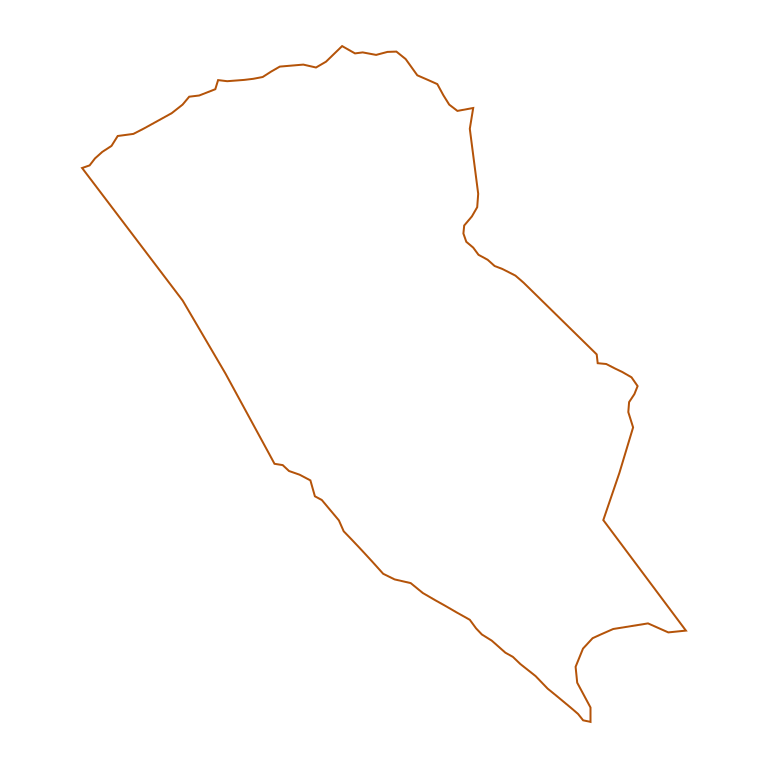 Congo, Paraíba, Brazil
{"feature_id": "56859067B42769683705793", "entity_name": "Congo", "entity_type": "district", "adm_level": 2, "iso_a3": "BRA", "parent_name": "Brazil", "parent_adm1": "Paraíba", "projection": "albers", "projection_center": [-36.637, -7.809], "detail": "fine", "context": "isolated", "style": "outline", "palette": "amber", "viewbox_px": 768, "rotation_deg": 0, "n_neighbors": 0, "source": "geoboundaries", "source_scale": "gbopen_adm2", "svg_char_len": 1454}
<svg xmlns="http://www.w3.org/2000/svg" viewBox="0 0 768 768"><path d="M583.1,720.3L590.5,721.9L590.5,707.5L577.2,682.7L575.6,666.8L583.0,648.6L592.6,638.2L600.0,634.8L613.2,629.0L648.0,623.4L668.3,632.4L685.9,630.6L603.3,520.1L619.4,472.9L633.1,427.4L628.3,412.1L629.1,402.1L634.4,394.1L637.6,386.1L631.5,377.3L622.3,372.0L615.4,368.7L606.2,364.0L597.7,363.2L596.7,354.4L523.6,282.7L515.4,275.6L502.2,268.9L494.6,266.0L487.7,259.8L478.5,254.8L473.2,247.6L466.3,241.8L463.4,233.5L464.2,225.5L471.9,216.4L477.2,207.2L478.2,193.8L469.8,128.8L473.2,108.0L457.4,110.9L449.2,104.6L443.4,95.3L437.3,84.1L428.1,80.0L417.3,75.3L412.0,67.9L405.7,59.1L396.4,51.6L387.5,51.9L376.1,54.9L362.7,52.4L355.0,53.4L342.1,46.1L326.0,61.7L316.0,67.5L303.3,64.6L288.0,65.9L279.8,66.6L271.1,71.6L262.7,77.0L253.3,78.8L244.2,79.9L227.2,81.2L218.1,80.1L215.3,89.2L199.2,95.5L189.2,96.7L182.6,104.6L171.8,113.1L144.1,128.4L133.4,133.9L117.7,136.0L111.5,145.9L102.4,151.8L95.0,158.4L89.6,165.4L82.1,168.0L182.7,300.6L225.5,373.6L269.5,454.5L274.5,463.8L282.7,465.1L289.0,471.0L299.6,474.7L310.4,480.4L314.9,496.3L321.8,500.0L338.9,520.4L343.7,531.3L352.1,540.0L361.9,550.4L372.4,561.8L383.2,573.8L394.6,579.4L410.7,583.1L422.8,593.0L435.2,600.2L444.7,605.5L456.6,612.4L469.8,619.8L476.1,628.4L481.9,634.5L491.7,640.6L505.4,652.7L512.9,656.9L520.3,664.0L535.6,676.1L547.6,688.6L557.9,697.0L571.5,708.3L578.1,714.0L583.1,720.3Z" fill="none" stroke="#b45309" stroke-width="2"/></svg>